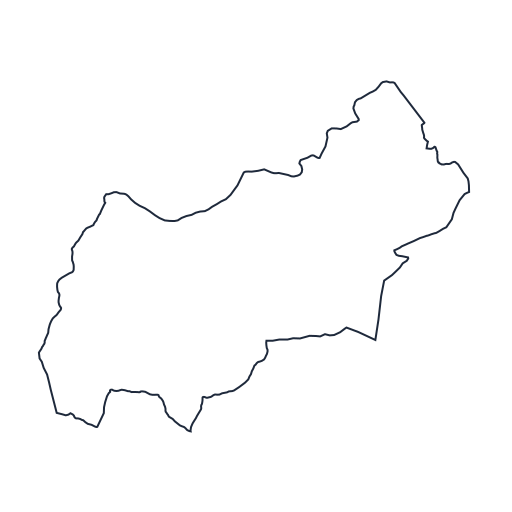 the district of Sotanga, Dâmbovita, Romania, rotated 277°
{"feature_id": "2599482B74032369078815", "entity_name": "Sotanga", "entity_type": "district", "adm_level": 2, "iso_a3": "ROU", "parent_name": "Romania", "parent_adm1": "Dâmbovita", "projection": "equal_earth", "projection_center": [25.375, 44.974], "detail": "fine", "context": "isolated", "style": "outline", "palette": "slate", "viewbox_px": 512, "rotation_deg": 277, "n_neighbors": 0, "source": "geoboundaries", "source_scale": "gbopen_adm2", "svg_char_len": 5976}
<svg xmlns="http://www.w3.org/2000/svg" viewBox="0 0 512 512"><g transform="rotate(277 256 256)"><path d="M445.0,371.3L445.0,370.2L444.6,367.7L445.2,364.3L444.1,360.7L442.7,359.2L438.9,357.0L435.5,354.6L433.4,351.8L431.9,349.2L425.2,340.7L424.5,338.9L423.1,337.0L420.7,335.5L417.5,335.2L416.2,334.7L414.3,334.7L409.6,337.1L404.5,341.2L403.4,341.4L401.7,339.8L400.5,335.4L399.3,333.8L395.7,330.2L392.3,324.7L392.4,320.4L391.9,315.6L389.0,312.0L386.4,311.3L382.2,312.5L373.2,311.6L365.6,308.6L361.1,307.2L360.9,306.3L361.1,305.0L361.9,303.1L362.7,301.3L362.8,300.6L362.8,299.9L362.4,298.6L359.8,295.1L356.7,288.7L356.4,288.5L354.6,287.9L353.1,287.8L350.8,290.1L347.5,291.3L344.7,291.2L342.2,289.7L340.8,287.4L340.2,285.7L339.6,284.1L339.4,282.2L339.5,281.0L340.3,278.1L341.2,268.5L340.6,265.8L340.4,263.5L340.8,261.0L343.0,253.6L342.9,253.3L340.8,247.7L339.2,241.4L338.9,238.1L338.6,236.2L338.3,235.0L337.4,233.7L323.8,229.0L320.1,226.9L313.6,223.3L308.7,219.2L305.9,214.7L302.7,210.8L299.5,206.4L296.6,203.3L294.3,199.8L293.3,195.1L291.6,190.9L289.0,187.1L287.2,182.1L284.7,177.5L281.8,174.0L280.8,170.9L280.3,166.2L280.2,161.1L281.9,155.6L284.1,150.9L287.4,145.1L289.9,139.9L291.7,134.3L294.0,129.5L297.0,125.1L299.7,122.1L301.0,120.1L301.5,118.9L301.7,117.5L301.5,113.3L302.4,109.8L302.0,107.2L300.9,105.3L300.3,104.1L299.4,102.2L299.1,99.8L296.5,98.4L295.8,98.2L294.9,98.2L294.0,98.5L291.7,98.9L291.1,99.2L290.4,99.9L288.5,99.0L282.3,96.9L278.6,95.9L278.1,95.3L275.0,94.2L273.0,93.5L272.7,93.6L272.1,93.4L271.6,93.2L270.9,92.6L270.0,92.0L268.9,91.5L267.9,91.1L266.8,90.8L265.7,89.0L264.9,87.9L264.6,87.2L263.9,86.1L263.6,85.4L263.2,84.9L262.6,84.1L260.2,82.5L259.1,81.8L259.0,81.6L258.6,81.4L256.5,81.0L255.5,80.5L253.1,79.3L251.2,78.5L249.6,77.8L248.9,77.2L247.6,76.1L246.7,75.5L245.1,74.8L243.3,74.1L242.0,72.9L240.9,72.4L240.5,72.3L239.8,72.5L238.6,73.1L237.6,73.4L235.8,73.6L233.1,73.5L230.0,73.9L229.0,74.1L228.2,74.7L225.2,76.0L223.3,76.4L220.0,76.7L218.7,76.3L218.0,75.9L217.4,75.3L216.1,72.9L210.8,65.9L208.7,63.8L207.2,62.9L205.1,62.1L204.2,62.0L201.2,62.3L198.2,63.0L196.3,63.7L196.0,63.9L195.1,64.9L194.0,65.5L192.7,65.7L190.4,65.5L187.5,65.5L186.0,65.7L183.6,66.6L181.8,67.8L181.4,68.4L180.6,68.9L179.7,68.9L178.6,68.6L177.3,67.7L176.1,66.9L173.5,65.5L172.6,64.8L171.5,63.7L169.3,61.9L166.5,60.7L163.8,59.9L162.4,59.6L158.1,59.0L154.5,59.1L153.3,58.8L152.9,58.6L149.8,57.7L148.6,57.3L147.6,57.1L146.7,56.8L145.9,56.6L144.1,56.8L143.7,56.7L142.8,56.5L142.3,56.1L140.7,55.5L139.4,54.7L138.3,54.5L137.3,54.1L134.8,52.8L133.6,52.3L127.9,53.7L124.9,56.3L119.1,58.9L112.9,63.1L105.4,66.0L98.2,68.6L76.0,77.3L75.3,82.9L74.7,86.6L75.7,89.2L77.3,91.0L76.4,93.4L75.4,94.7L74.3,95.2L73.1,96.5L72.9,97.3L73.1,99.3L72.8,101.4L72.1,103.1L71.9,104.6L70.3,106.8L68.9,109.5L68.6,112.0L68.4,113.4L67.1,116.9L66.8,118.3L66.9,118.9L67.1,119.3L81.5,124.1L87.4,123.6L92.6,124.1L98.6,125.2L102.0,126.6L102.5,127.1L103.3,127.8L103.6,127.8L104.1,127.5L104.7,127.5L105.3,127.8L105.6,128.3L105.8,129.4L105.2,130.9L105.0,131.8L105.0,133.9L105.5,136.0L106.2,137.3L106.9,139.0L106.8,142.2L106.2,145.4L106.4,146.8L105.8,149.0L106.3,152.7L106.5,155.2L106.5,156.7L106.9,157.6L107.2,157.7L107.5,158.2L107.7,159.1L107.8,160.3L107.7,162.7L105.8,167.6L105.6,170.1L105.9,172.3L106.2,174.4L106.3,175.5L106.0,176.2L104.7,176.8L104.0,177.6L103.4,178.7L102.8,179.5L102.0,180.2L101.0,181.1L99.7,181.9L97.4,182.8L95.3,184.1L93.3,184.8L91.6,185.0L90.5,185.3L89.2,186.5L88.1,187.4L87.6,188.0L86.6,188.6L85.8,189.3L85.2,190.7L84.1,193.2L82.0,195.6L78.6,201.1L78.0,203.1L77.6,205.0L77.3,205.8L76.5,207.0L75.0,208.7L74.6,209.6L74.1,211.2L74.0,212.5L74.6,212.3L76.5,212.3L78.4,212.4L80.2,212.9L82.2,213.5L85.0,214.8L87.7,216.1L90.0,216.9L93.6,218.5L96.0,219.6L97.2,220.1L98.1,220.2L98.7,220.1L100.2,219.8L101.5,219.9L102.1,220.2L102.8,220.4L104.5,220.5L106.2,220.5L108.9,220.2L109.3,220.3L109.5,220.5L109.8,221.4L109.8,222.2L109.3,223.9L109.3,224.7L109.6,225.6L109.9,226.3L110.3,227.4L110.5,228.1L111.2,229.1L112.7,230.7L113.5,232.1L113.6,233.3L113.6,234.4L114.0,236.6L115.6,239.1L116.6,242.2L117.1,243.8L118.3,245.6L119.0,248.8L119.8,250.5L123.7,255.1L129.0,260.6L132.6,263.4L135.6,264.2L138.1,265.4L141.1,265.9L143.9,267.0L147.1,267.8L148.0,268.8L149.5,269.6L150.6,270.5L151.2,271.3L151.5,272.3L152.6,274.5L154.3,276.6L156.2,277.5L158.0,278.0L160.2,278.8L162.6,279.1L164.3,278.9L166.0,277.9L168.6,277.2L171.2,276.7L173.2,276.7L173.9,282.8L175.9,289.2L176.9,297.4L178.9,302.9L179.5,309.7L183.3,318.9L183.9,325.4L184.0,329.5L186.8,334.0L186.2,338.9L187.1,343.2L190.6,348.8L194.6,352.9L196.0,354.5L193.0,366.9L187.2,384.7L207.6,385.3L231.5,385.1L247.2,386.2L253.6,393.3L256.4,395.6L262.1,400.2L266.6,402.5L269.6,406.2L272.0,407.4L273.1,407.1L273.6,401.1L273.6,397.8L274.2,395.3L276.0,393.8L277.5,392.8L278.5,392.6L279.8,394.9L281.4,397.3L282.2,398.3L283.3,399.4L284.8,401.9L286.1,404.1L286.7,405.0L287.5,406.4L290.0,410.7L293.8,416.6L294.7,418.6L294.8,418.9L296.2,421.7L296.9,423.0L297.0,423.6L297.9,425.5L298.9,427.3L300.4,430.6L300.7,431.7L301.2,432.5L303.2,435.2L304.2,436.4L305.9,438.5L306.2,439.0L307.4,440.9L307.7,441.4L316.3,445.9L322.9,446.8L327.3,448.2L336.2,451.3L342.9,455.5L344.3,457.6L345.5,459.7L352.2,458.7L356.0,457.8L358.8,456.7L363.8,451.8L371.5,445.5L373.6,442.2L373.6,441.3L373.5,440.8L372.8,439.4L372.4,438.8L371.9,438.4L371.2,437.3L370.9,436.5L370.7,435.3L370.7,434.3L370.4,432.9L369.8,431.5L369.5,429.0L369.9,428.2L370.3,426.8L371.0,426.3L370.9,425.8L371.3,425.4L372.4,424.8L373.5,424.6L375.6,424.0L376.7,423.9L378.8,423.7L379.5,423.3L380.7,423.3L381.8,423.1L382.4,422.5L385.8,420.9L386.1,420.4L386.2,419.9L386.1,419.7L385.7,419.4L385.4,419.3L384.7,418.5L383.8,417.0L383.6,415.4L383.6,412.2L387.0,412.3L390.5,412.7L391.2,411.3L393.0,409.0L393.4,408.6L394.0,408.3L394.8,408.3L395.7,408.2L396.9,407.8L398.5,407.0L401.7,405.6L402.9,405.4L405.9,404.6L406.3,404.6L408.4,406.8L408.8,406.9L433.3,383.0L436.4,379.7L444.6,372.5L445.0,371.3Z" fill="none" stroke="#1e293b" stroke-width="2"/></g></svg>